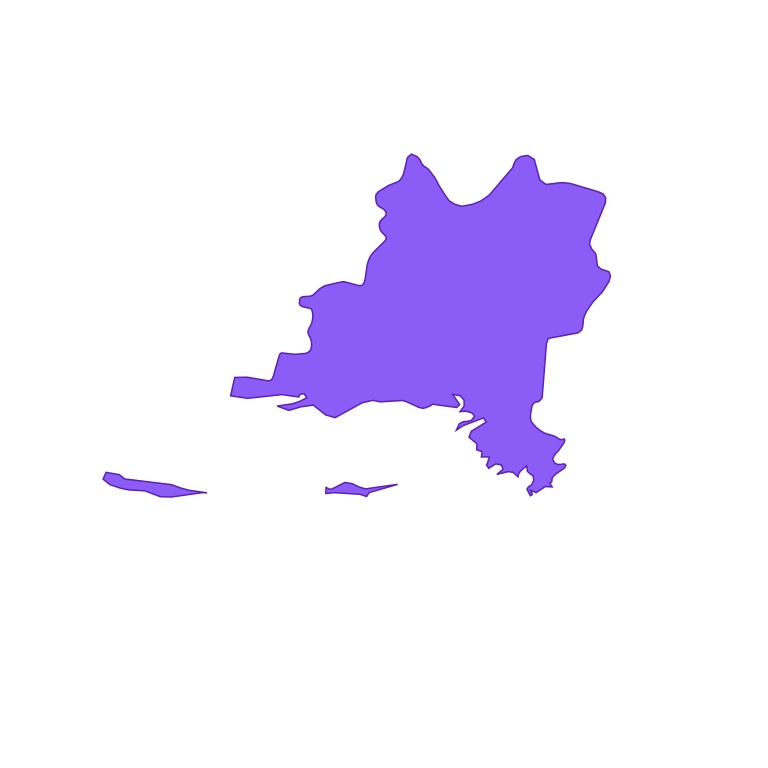 an SVG outline of Šibensko-Kninska, rotated 327°
{"feature_id": "HRV-1491", "entity_name": "Šibensko-Kninska", "entity_type": "County", "adm_level": 1, "iso_a3": "HRV", "parent_name": "Croatia", "parent_adm1": "", "projection": "orthographic", "projection_center": [15.941, 43.766], "detail": "fine", "context": "isolated", "style": "filled", "palette": "violet", "viewbox_px": 768, "rotation_deg": 327, "n_neighbors": 0, "source": "natural_earth", "source_scale": "10m", "svg_char_len": 3699}
<svg xmlns="http://www.w3.org/2000/svg" viewBox="0 0 768 768"><g transform="rotate(327 384 384)"><path d="M471.4,557.4L469.0,557.4L469.0,561.9L463.2,557.8L452.5,558.0L449.0,552.9L448.7,554.0L448.7,556.0L448.1,557.5L445.8,557.4L446.6,550.1L449.2,548.9L452.9,549.0L457.4,546.1L459.0,542.0L457.6,538.9L456.7,535.4L459.1,530.3L451.3,531.3L448.5,532.3L445.8,534.8L444.2,528.4L440.3,525.1L429.4,521.3L437.3,520.4L438.4,515.9L434.2,511.8L425.9,511.8L425.9,507.7L428.1,506.4L430.5,504.3L432.6,502.8L427.8,499.2L425.9,498.3L429.4,494.2L425.9,489.7L429.4,484.7L426.3,474.9L431.4,471.2L449.0,471.6L449.0,466.6L427.5,462.0L419.6,462.1L425.3,458.4L430.0,458.8L433.9,460.9L437.6,462.1L442.6,460.2L441.9,455.9L437.7,451.3L432.7,448.6L439.3,446.0L442.4,441.1L441.4,435.3L435.9,430.1L436.3,442.5L432.2,443.3L420.5,433.3L413.9,427.4L410.6,427.5L406.2,426.6L403.3,425.6L400.3,422.3L393.7,411.8L390.5,407.9L371.1,396.9L365.7,391.6L355.6,387.9L324.7,385.6L318.2,378.1L313.2,363.2L301.9,357.9L289.8,354.3L282.4,344.3L296.6,350.8L304.2,352.7L311.7,353.5L311.7,348.6L308.9,347.3L307.0,347.4L305.9,348.1L305.5,348.5L292.6,337.3L261.8,321.7L248.9,310.4L262.4,297.2L273.0,303.8L288.0,317.7L290.0,319.1L292.5,319.0L295.2,317.4L311.5,303.2L313.2,302.1L315.0,302.1L325.6,310.7L335.0,315.7L337.9,316.1L341.0,315.6L344.3,312.3L346.2,309.0L347.2,305.4L347.7,301.8L348.0,299.9L349.4,297.9L351.8,296.2L356.0,294.0L358.9,291.3L361.4,288.2L362.9,285.3L363.8,282.8L363.8,281.3L363.0,280.2L357.5,274.4L356.6,272.2L356.8,270.5L359.4,267.0L361.0,266.2L363.2,266.4L369.8,270.1L372.5,270.8L382.2,269.1L388.1,269.4L405.0,275.6L406.8,277.0L416.2,287.5L417.9,288.7L419.1,289.3L420.4,289.1L422.3,288.3L425.4,285.6L435.1,274.6L438.5,271.8L442.7,269.2L446.0,268.0L463.5,264.3L465.7,262.5L465.8,260.4L464.8,255.2L464.8,253.1L465.3,250.8L466.3,248.7L467.6,246.9L469.0,245.8L470.5,245.1L475.4,244.2L477.4,243.5L478.4,242.7L479.1,241.0L479.3,238.9L478.7,236.8L476.8,233.0L476.2,231.2L476.1,229.7L476.1,229.2L476.1,228.7L476.4,227.8L477.0,226.1L479.0,222.4L480.6,220.7L483.9,219.7L495.6,219.9L504.9,221.8L506.9,222.0L508.9,221.6L511.5,220.5L514.8,218.5L527.1,206.8L532.2,206.1L535.7,211.5L536.2,214.5L536.1,217.2L535.7,218.8L535.7,220.6L536.0,222.5L536.3,223.5L536.6,224.2L536.9,224.6L538.0,227.5L538.3,229.1L539.0,237.8L538.9,240.8L538.2,247.4L538.1,260.6L538.4,265.8L541.1,271.6L546.1,277.4L556.4,281.6L565.1,283.3L575.2,282.9L609.6,272.7L614.5,269.0L616.9,267.9L619.7,267.6L622.7,267.8L627.1,269.6L629.2,270.8L632.3,277.5L625.9,297.6L627.1,301.1L628.6,304.9L641.8,311.4L645.3,313.8L649.6,317.4L668.8,340.0L671.3,344.0L671.4,348.4L668.3,352.7L635.6,375.4L632.5,378.8L631.7,384.1L632.1,387.3L632.5,389.4L632.2,391.0L627.4,400.9L628.2,404.6L629.2,406.9L631.7,409.6L633.8,412.6L632.8,416.7L628.6,420.6L617.3,425.7L604.1,428.9L593.7,433.2L590.0,435.4L586.6,438.2L582.6,443.4L579.4,446.2L574.6,446.8L548.3,435.9L546.1,435.5L542.0,438.9L509.1,481.7L506.1,482.7L503.8,482.9L501.2,481.6L498.8,481.7L496.0,483.2L490.5,489.1L488.4,492.2L486.9,495.9L488.0,503.2L489.7,508.3L492.0,512.8L498.7,520.8L501.3,526.2L502.9,527.6L505.2,528.2L504.9,529.8L502.6,531.5L494.4,534.8L489.9,535.9L486.1,537.5L484.2,539.5L484.3,543.8L485.8,546.0L488.2,547.6L490.6,548.6L492.0,549.6L492.2,551.3L489.8,552.7L479.4,553.1L474.2,554.1L471.4,557.4L471.4,557.4ZM112.6,315.8L114.9,322.5L151.0,352.7L156.7,360.3L162.8,367.1L176.3,378.9L172.1,376.0L144.0,362.9L135.0,356.7L125.3,343.4L112.4,333.9L106.1,327.7L99.2,318.9L96.6,310.8L102.8,306.7L112.6,315.8ZM311.4,461.9L340.8,475.6L312.5,467.0L308.1,468.9L303.8,463.4L283.0,448.0L275.5,444.1L279.1,439.2L281.1,442.6L283.1,443.7L297.7,445.3L303.1,450.3L307.0,456.8L311.4,461.9Z" fill="#8b5cf6" stroke="#5b21b6" stroke-width="1.5"/></g></svg>